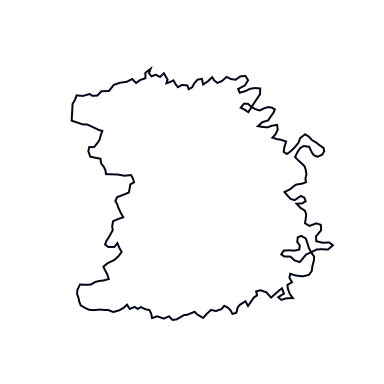 outline of Ajuricaba, Rio Grande do Sul, Brazil, rotated 254°
{"feature_id": "56859067B1227698309076", "entity_name": "Ajuricaba", "entity_type": "district", "adm_level": 2, "iso_a3": "BRA", "parent_name": "Brazil", "parent_adm1": "Rio Grande do Sul", "projection": "robinson", "projection_center": [-53.739, -28.208], "detail": "fine", "context": "isolated", "style": "outline", "palette": "ink", "viewbox_px": 384, "rotation_deg": 254, "n_neighbors": 0, "source": "geoboundaries", "source_scale": "gbopen_adm2", "svg_char_len": 3706}
<svg xmlns="http://www.w3.org/2000/svg" viewBox="0 0 384 384"><g transform="rotate(254 192 192)"><path d="M316.7,107.7L312.7,104.8L309.6,101.5L293.7,96.0L289.7,101.9L287.3,105.2L285.7,110.0L282.4,113.8L277.5,119.3L275.4,122.6L271.8,120.0L267.7,117.5L265.3,114.8L262.2,110.3L263.5,105.6L259.7,103.6L253.9,104.0L251.5,108.7L249.2,113.2L244.5,112.5L240.4,114.2L236.5,114.8L232.9,114.2L231.2,119.5L229.3,125.3L226.2,131.8L225.1,138.0L221.3,139.0L217.3,139.0L216.4,134.9L212.8,133.1L208.9,131.2L208.1,123.9L207.7,118.6L204.6,115.9L200.9,116.7L196.9,116.9L192.0,117.7L186.6,118.9L186.4,113.4L185.7,108.1L181.0,105.8L177.2,105.3L174.4,102.6L171.0,99.1L168.6,96.2L165.5,94.0L162.2,96.4L160.6,102.4L163.4,106.2L158.5,106.7L153.8,107.9L150.7,103.8L148.1,98.7L146.8,91.2L144.6,86.2L140.0,87.0L136.5,87.8L131.3,88.0L131.3,82.9L132.0,78.5L132.2,74.5L130.9,69.1L132.0,64.7L133.9,58.8L129.6,54.9L125.5,53.4L121.9,53.7L117.5,53.4L113.7,53.8L110.0,57.3L107.2,60.5L105.5,65.1L104.4,70.9L102.8,75.1L101.6,79.0L98.3,83.3L98.3,89.5L99.6,94.6L101.6,98.5L96.8,99.9L97.3,105.3L94.6,107.5L95.4,111.3L92.2,114.8L90.3,118.5L86.8,119.2L81.8,118.9L82.1,124.3L78.1,130.0L78.8,135.6L74.4,138.0L73.8,141.9L74.7,145.8L75.9,150.3L75.3,153.9L76.2,161.5L72.9,163.2L67.9,168.0L70.8,172.6L73.4,177.8L71.0,182.2L71.3,188.1L73.7,191.6L71.3,194.3L68.0,196.3L63.7,197.3L63.6,201.2L68.6,204.2L70.5,207.2L72.2,213.3L67.0,214.4L73.6,222.5L74.7,226.0L78.8,226.3L78.7,230.7L75.1,235.8L68.7,238.9L73.2,248.3L74.6,251.9L69.0,252.4L67.1,245.9L63.7,248.1L63.8,253.4L62.2,259.7L67.0,257.9L72.6,257.5L76.4,258.1L77.7,263.3L82.7,262.0L86.3,263.9L83.0,268.9L80.4,275.3L80.1,281.4L83.0,285.3L87.7,287.4L92.4,290.2L96.2,291.6L101.2,289.9L102.4,296.0L101.2,301.1L99.2,306.8L102.0,312.8L105.7,309.9L107.1,303.9L110.4,297.9L115.1,298.9L117.7,302.7L119.7,305.6L124.9,306.8L127.6,302.9L127.0,295.6L130.8,292.0L135.5,294.2L139.2,295.6L143.0,295.4L146.8,291.9L151.9,289.3L150.7,294.6L151.7,298.7L155.7,298.4L158.2,295.6L155.9,288.4L158.2,284.9L162.0,282.9L166.5,280.9L167.6,286.9L170.4,293.7L169.7,300.3L170.0,304.2L173.8,304.8L177.3,306.8L181.9,307.4L185.7,307.3L189.5,305.2L192.9,303.0L197.2,300.7L201.1,304.2L204.4,308.1L205.4,311.9L203.2,317.1L197.0,318.1L193.9,319.2L191.3,322.2L192.0,327.5L194.7,330.3L198.1,330.6L201.8,327.5L205.2,325.1L208.9,321.6L212.9,319.7L216.3,316.6L214.0,310.9L209.8,307.7L206.6,303.0L203.8,297.8L202.4,293.6L205.3,291.2L209.6,293.1L214.6,296.4L217.8,291.7L219.3,288.4L222.1,284.3L224.4,288.1L228.3,291.6L233.1,292.3L233.7,286.8L233.3,282.6L234.9,278.2L237.1,273.5L239.8,279.0L239.8,284.9L242.9,288.5L245.8,292.3L248.6,294.4L251.1,292.0L252.6,288.8L252.6,284.5L251.7,279.6L253.9,276.1L257.3,272.7L261.9,278.0L267.2,284.3L272.7,286.1L274.6,281.2L275.2,276.3L274.3,271.4L274.3,265.2L278.3,264.8L279.9,272.3L284.0,276.7L288.9,275.3L289.8,270.4L287.9,264.8L290.0,260.4L293.1,256.9L290.5,251.6L289.8,246.5L293.1,244.2L296.8,243.0L293.9,237.5L292.3,232.4L298.0,232.7L298.5,228.4L295.9,224.2L292.7,221.1L291.7,217.2L295.8,216.8L297.7,211.7L296.6,207.4L300.1,205.9L304.4,205.0L303.8,201.2L303.6,197.4L306.8,199.5L313.9,197.7L311.4,193.0L314.8,189.4L314.3,184.9L318.1,183.4L321.8,186.1L319.4,180.0L314.2,178.6L313.9,173.0L312.2,168.3L317.1,165.6L315.9,159.5L316.9,152.9L316.5,146.3L312.0,140.0L313.8,132.7L310.8,127.6L311.9,122.8L314.4,120.6L314.4,113.6L316.7,107.7ZM101.2,289.9L100.4,284.3L97.5,280.2L94.9,276.2L98.1,271.6L102.7,268.9L104.6,262.9L107.4,260.6L110.4,264.1L109.1,269.6L107.4,274.3L107.1,279.2L110.7,280.9L115.1,279.4L119.3,281.2L119.7,284.9L115.9,288.6L111.1,288.8L106.2,288.9L101.2,289.9ZM257.3,272.7L253.2,268.1L256.4,265.5L259.6,262.1L262.6,266.4L261.2,270.2L257.3,272.7Z" fill="none" stroke="#020617" stroke-width="2"/></g></svg>